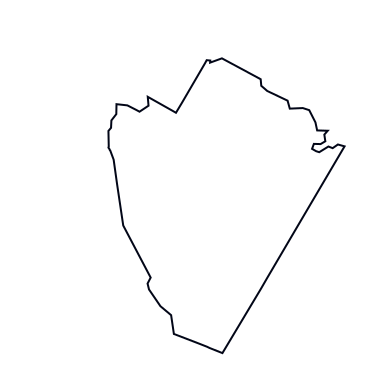 Jackson, Alabama, United States of America, rotated 120°
{"feature_id": "52423323B51119346032730", "entity_name": "Jackson", "entity_type": "district", "adm_level": 2, "iso_a3": "USA", "parent_name": "United States of America", "parent_adm1": "Alabama", "projection": "orthographic", "projection_center": [-86.071, 34.728], "detail": "fine", "context": "isolated", "style": "outline", "palette": "ink", "viewbox_px": 384, "rotation_deg": 120, "n_neighbors": 0, "source": "geoboundaries", "source_scale": "gbopen_adm2", "svg_char_len": 921}
<svg xmlns="http://www.w3.org/2000/svg" viewBox="0 0 384 384"><g transform="rotate(120 192 192)"><path d="M162.4,296.5L170.3,297.6L176.9,294.2L180.9,294.9L193.8,287.1L194.5,286.7L195.1,286.7L195.5,286.3L195.8,285.7L196.0,285.1L196.9,284.0L196.9,283.6L203.2,276.0L222.8,260.7L255.4,234.8L286.8,185.0L293.5,184.7L297.9,180.5L306.7,162.2L309.1,148.5L324.0,136.7L319.8,110.2L318.5,101.6L318.3,98.8L316.3,85.1L241.7,83.9L240.3,83.9L228.3,83.9L161.1,83.4L76.2,82.7L77.9,89.4L83.7,92.1L84.4,96.6L93.9,101.7L94.6,104.9L94.6,109.6L89.4,110.5L86.2,104.6L81.4,101.9L76.1,106.1L71.1,105.1L76.1,114.4L70.0,119.9L62.5,131.4L63.9,138.0L70.9,149.0L65.1,154.9L66.9,177.3L65.4,185.1L60.0,188.9L61.3,232.9L70.9,241.0L69.0,241.9L70.5,245.2L73.5,245.1L74.2,245.1L119.7,245.3L131.4,245.5L131.4,249.9L131.7,277.9L139.0,272.8L148.7,277.6L148.8,281.4L149.3,291.3L153.7,301.3L162.4,296.5Z" fill="none" stroke="#020617" stroke-width="2"/></g></svg>